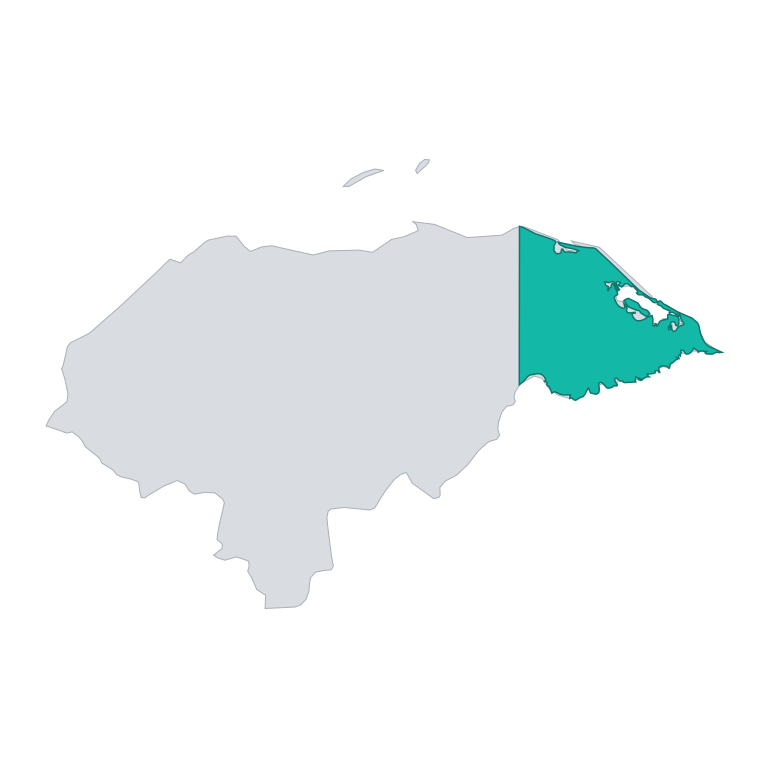 Gracias a Dios on a map of Honduras (Natural Earth projection)
{"feature_id": "HND-640", "entity_name": "Gracias a Dios", "entity_type": "Department", "adm_level": 1, "iso_a3": "HND", "parent_name": "Honduras", "parent_adm1": "", "projection": "natural_earth1", "projection_center": [-83.951, 15.304], "detail": "fine", "context": "in_parent", "style": "filled", "palette": "teal", "viewbox_px": 768, "rotation_deg": 0, "n_neighbors": 0, "source": "natural_earth", "source_scale": "10m", "svg_char_len": 7785}
<svg xmlns="http://www.w3.org/2000/svg" viewBox="0 0 768 768"><path d="M719.0,352.8L691.1,350.9L677.9,354.8L672.2,363.6L667.2,367.6L663.1,366.7L654.7,370.1L642.1,378.0L630.7,381.0L620.6,379.1L617.6,381.0L616.8,383.6L615.3,386.1L611.3,387.4L606.8,386.7L601.8,383.9L599.1,385.1L598.8,390.2L596.0,391.6L590.8,389.2L585.0,391.0L578.5,397.1L569.4,398.5L557.7,394.9L548.6,388.3L542.1,378.5L534.4,376.0L520.9,383.3L515.2,391.8L514.0,397.0L515.3,401.7L512.8,404.9L506.5,406.4L501.8,412.2L498.5,422.2L497.8,429.9L499.7,435.3L496.6,439.3L488.4,441.9L478.6,450.5L467.4,465.1L456.3,475.3L445.2,481.1L439.8,487.6L440.2,494.7L439.5,496.9L437.4,497.7L433.8,498.7L412.4,483.3L406.3,472.5L401.0,474.2L394.2,479.6L384.8,491.7L374.6,508.1L369.7,510.0L344.3,507.5L330.9,509.0L328.2,511.2L326.9,517.2L327.6,525.2L331.2,554.2L333.3,566.1L331.2,569.8L324.4,570.4L315.6,572.1L310.7,577.5L309.5,583.1L309.0,591.0L306.2,599.1L300.7,604.9L295.3,607.0L265.1,608.5L265.6,595.2L256.9,589.7L252.0,578.6L247.7,571.0L249.1,566.5L248.7,561.1L236.5,556.9L224.9,560.2L218.3,558.1L213.5,555.2L221.9,548.6L222.5,544.6L219.8,541.7L217.0,539.7L217.9,532.2L219.6,523.4L224.4,502.7L222.7,499.1L215.0,492.9L205.3,492.3L194.5,494.2L189.4,491.0L184.9,483.9L177.2,480.5L163.6,486.2L149.2,494.7L144.8,497.8L141.1,497.4L139.6,491.0L138.9,483.5L138.0,481.6L130.3,478.9L121.4,476.9L116.9,474.8L112.6,469.7L101.9,463.1L99.5,458.1L85.3,446.8L82.4,441.2L79.1,437.1L72.3,431.9L66.9,433.1L48.8,426.7L46.1,426.1L48.6,420.4L54.4,411.6L66.9,401.8L68.0,393.9L64.8,378.7L61.6,368.9L63.4,364.5L67.4,346.8L70.5,342.7L88.5,333.7L90.2,332.5L104.5,320.0L120.3,306.1L136.8,290.7L155.1,273.6L165.3,263.6L170.0,259.2L180.5,262.8L188.8,254.7L193.6,252.0L204.8,242.3L208.3,240.1L227.1,236.1L236.1,236.2L244.0,246.1L250.3,251.5L262.1,246.8L272.0,245.8L313.0,255.0L329.3,250.9L359.2,250.1L372.6,252.3L391.6,239.4L403.8,236.8L418.2,230.7L416.3,224.5L412.8,221.7L434.7,224.4L467.1,237.6L501.8,235.2L514.3,228.1L522.3,226.1L557.8,239.6L567.1,250.0L574.4,251.0L580.1,248.6L581.6,246.5L574.6,244.2L571.5,241.0L599.4,247.3L652.0,296.4L653.1,300.4L630.6,285.8L618.7,287.0L615.6,289.3L616.3,297.2L617.4,300.9L622.5,301.4L626.3,299.2L635.5,301.8L641.7,307.1L649.2,315.1L653.6,323.9L658.5,324.0L663.2,318.7L672.1,318.1L678.0,324.0L682.1,323.7L676.3,314.5L662.8,305.4L666.0,305.1L696.0,321.4L704.5,341.9L711.6,346.5L719.0,352.8ZM366.0,176.7L348.6,186.6L343.2,186.4L351.2,178.8L364.0,172.2L374.9,169.0L383.8,170.4L366.0,176.7ZM425.4,166.1L417.1,173.5L415.6,170.2L419.6,163.4L424.6,159.5L429.4,159.8L428.3,162.8L425.4,166.1Z" fill="#d9dde1" stroke="#a8b0b8" stroke-width="1"/><path d="M521.0,383.4L519.3,384.7L519.3,354.3L519.3,343.1L519.5,226.3L524.8,228.3L535.2,233.7L548.3,238.1L554.5,240.5L556.0,241.9L555.3,243.4L554.0,245.8L554.0,247.8L554.0,250.9L556.2,253.5L558.4,253.8L561.0,252.8L561.4,250.2L561.7,249.1L562.8,249.2L563.5,250.7L565.4,252.3L568.1,251.8L570.7,252.1L576.0,252.9L577.0,251.6L578.7,250.8L576.4,249.7L573.7,249.0L565.1,247.3L561.9,245.7L559.2,244.2L558.2,242.2L562.6,243.2L577.5,246.4L587.2,247.6L593.6,248.0L595.8,248.8L601.7,254.4L609.6,261.7L621.4,273.1L632.8,284.2L639.2,290.2L647.5,296.0L649.5,297.3L651.4,298.3L655.2,299.0L656.2,299.6L656.9,300.9L657.0,301.8L656.3,302.5L654.7,302.7L652.8,301.9L648.7,298.2L645.6,297.0L643.6,295.4L642.6,294.8L639.3,294.8L637.8,294.4L636.6,293.0L637.1,292.8L637.5,292.4L638.0,292.2L637.1,290.6L633.5,286.1L632.8,286.1L631.6,286.7L630.2,285.8L628.6,284.3L627.3,283.6L625.0,283.9L624.0,284.7L623.2,285.8L621.7,287.0L621.0,286.4L618.0,285.2L619.4,283.8L620.0,283.0L620.2,282.2L619.7,281.9L618.6,281.7L617.3,281.7L616.5,281.8L616.2,283.2L616.9,285.4L618.1,287.7L619.5,289.6L619.2,289.8L619.0,290.1L618.8,290.5L618.0,290.5L614.8,283.3L613.6,281.8L612.3,281.6L610.9,281.9L609.1,282.6L607.8,282.5L605.9,282.0L604.6,281.8L605.5,284.7L606.2,285.7L608.2,286.5L608.2,287.6L607.8,289.0L607.6,290.5L608.3,290.5L608.7,288.6L610.8,287.4L611.8,283.9L612.8,283.5L613.9,284.2L615.3,288.4L617.1,291.7L617.7,294.6L615.4,295.8L614.2,297.2L615.1,300.4L616.9,303.9L618.8,306.1L621.5,307.8L623.9,308.4L624.9,307.2L623.9,303.5L625.3,304.8L626.6,306.5L627.1,308.5L626.2,310.5L627.7,312.6L629.8,313.0L635.1,312.3L635.1,313.1L634.0,313.1L633.3,313.3L632.1,314.0L632.1,314.8L633.0,317.0L634.4,318.9L636.1,320.4L638.4,320.9L640.4,320.7L642.9,319.9L645.3,318.8L647.0,317.5L645.6,316.0L641.0,313.1L640.2,312.3L639.9,311.4L639.4,310.8L638.4,310.5L637.3,310.4L629.0,307.1L627.6,306.1L625.1,302.0L623.9,300.9L624.8,299.9L625.9,299.3L628.3,298.3L638.0,303.1L639.5,305.7L640.1,307.1L641.6,308.3L643.5,309.2L646.5,310.0L647.8,311.0L648.9,312.4L649.9,314.0L649.2,314.6L648.3,315.4L647.7,315.7L647.7,316.5L649.4,317.0L650.9,315.7L652.1,315.6L652.9,319.3L652.7,324.0L652.9,325.3L653.7,326.2L654.5,326.1L655.1,325.2L655.1,323.6L655.9,323.6L656.8,326.0L657.7,325.4L659.6,321.7L661.2,320.6L663.5,319.9L667.4,319.3L667.8,318.7L667.6,315.8L667.8,314.8L668.5,314.3L669.2,314.3L670.0,314.6L677.0,316.2L678.9,315.7L678.9,316.5L678.2,317.3L678.3,317.8L678.6,318.4L678.9,319.3L678.9,323.1L678.3,325.0L677.0,325.8L675.8,325.3L675.2,323.1L674.8,322.5L673.9,322.0L672.8,321.8L671.8,321.7L671.2,322.3L670.6,323.4L669.9,325.3L669.4,325.9L669.0,326.4L668.6,327.0L668.4,328.3L668.7,329.5L669.3,329.7L670.1,329.3L670.7,328.8L670.1,327.7L670.0,326.9L670.2,326.1L670.7,325.3L671.5,325.3L671.7,328.4L672.4,330.6L673.8,331.5L675.9,330.5L676.5,329.8L677.5,327.9L678.1,327.1L679.0,326.5L683.8,324.5L683.8,324.0L683.3,322.7L682.8,321.9L682.2,321.3L681.6,320.6L681.1,319.3L680.8,317.5L680.0,315.1L678.6,313.6L676.6,314.8L673.4,312.6L671.8,312.2L669.9,313.1L669.2,312.3L669.5,311.8L669.9,310.5L668.2,310.3L663.5,308.3L662.5,307.5L661.4,306.1L659.1,305.2L657.4,304.1L658.1,301.8L659.9,300.8L661.5,301.8L663.1,303.5L664.4,304.4L665.5,304.8L677.2,311.8L691.8,318.0L697.4,322.7L698.7,325.1L700.4,333.2L702.4,338.4L705.2,343.2L708.5,346.2L721.9,352.3L720.5,352.5L716.8,352.3L715.3,352.6L712.5,354.1L707.7,354.0L707.2,354.1L705.9,353.5L705.1,352.9L705.2,352.2L706.5,351.5L701.7,350.9L699.8,351.1L698.2,352.3L697.6,350.6L696.5,349.8L695.1,349.2L693.8,347.9L692.7,350.1L691.0,352.3L688.8,353.8L686.3,354.1L685.3,353.5L684.0,351.2L683.4,350.5L682.0,350.3L680.9,350.4L680.5,351.1L681.3,352.3L680.7,353.1L680.5,353.9L680.4,355.8L679.4,354.7L678.8,355.3L678.6,356.7L679.0,358.4L678.4,358.1L676.7,357.6L677.0,358.0L677.3,358.9L677.5,359.3L675.9,359.8L673.2,362.3L670.6,363.4L670.0,364.8L669.8,366.5L669.3,368.1L668.5,368.1L667.6,366.7L665.6,366.0L663.2,365.9L661.1,366.2L659.1,367.3L658.6,368.7L659.7,372.4L658.9,372.4L658.4,371.3L657.6,370.7L656.5,370.6L655.2,370.7L655.4,372.6L653.1,373.6L647.1,374.1L647.9,375.5L648.4,376.2L649.2,376.8L647.2,376.8L645.1,377.6L643.2,378.8L641.8,380.2L641.2,379.3L640.8,379.0L640.4,378.8L639.6,378.5L640.2,379.7L640.3,380.2L638.9,379.8L637.2,377.6L635.8,376.8L635.3,379.7L635.3,380.9L635.8,381.9L625.1,382.6L623.3,382.3L623.1,381.3L622.5,381.0L620.7,381.1L619.5,380.9L619.1,380.4L618.8,379.9L616.4,378.1L615.6,378.1L614.4,379.3L615.6,382.2L616.4,383.4L617.3,384.5L617.3,385.4L616.6,385.9L616.1,385.9L615.6,385.6L614.7,385.4L613.7,385.7L613.2,386.2L612.7,386.8L612.1,387.2L609.5,388.1L607.9,388.2L606.5,387.6L604.0,384.5L603.1,383.7L602.2,383.0L600.7,382.4L599.3,382.6L598.7,384.1L599.3,390.0L598.7,392.8L596.5,394.2L595.3,394.1L592.6,393.4L591.0,393.2L590.2,392.5L589.4,389.2L588.3,388.0L586.9,390.4L585.4,393.6L583.4,396.4L579.4,398.0L576.6,399.8L575.3,400.2L573.7,399.7L572.6,398.6L571.4,397.8L569.8,398.4L570.1,395.9L570.5,395.0L562.6,394.8L560.1,394.2L555.9,392.1L553.9,391.8L551.9,393.2L550.2,388.9L549.1,386.7L546.9,385.0L547.0,383.3L546.7,381.8L544.5,381.5L544.6,381.2L545.5,380.0L545.8,379.6L544.2,376.6L541.8,374.6L539.0,373.6L536.2,373.8L529.7,375.1L527.9,376.3L522.9,381.8L521.0,383.4Z" fill="#14b8a6" stroke="#0f766e" stroke-width="1.5"/></svg>